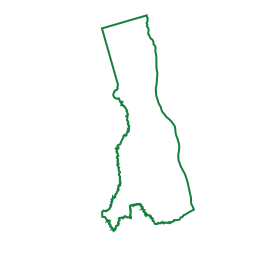 outline of Magoe, Tete, Mozambique, rotated 74°
{"feature_id": "85939544B26060528055494", "entity_name": "Magoe", "entity_type": "district", "adm_level": 2, "iso_a3": "MOZ", "parent_name": "Mozambique", "parent_adm1": "Tete", "projection": "mercator", "projection_center": [31.675, -16.019], "detail": "fine", "context": "isolated", "style": "outline", "palette": "green", "viewbox_px": 256, "rotation_deg": 74, "n_neighbors": 0, "source": "geoboundaries", "source_scale": "gbopen_adm2", "svg_char_len": 6038}
<svg xmlns="http://www.w3.org/2000/svg" viewBox="0 0 256 256"><g transform="rotate(74 128 128)"><path d="M224.7,87.2L221.4,87.5L219.1,88.0L217.6,88.0L212.5,86.7L210.4,86.6L197.0,85.7L190.9,85.8L188.0,86.0L179.2,87.9L172.6,88.3L167.3,87.0L164.9,85.7L159.8,83.7L157.1,83.4L151.1,83.4L148.7,83.7L146.7,83.7L139.4,82.5L135.5,83.8L133.5,84.6L131.2,85.8L128.0,88.1L125.7,88.9L121.2,90.8L117.1,90.7L113.0,91.7L105.3,91.9L103.2,91.7L97.6,90.4L93.9,88.5L84.2,84.9L82.4,84.5L79.0,84.3L66.8,81.0L61.3,80.5L58.3,79.3L56.6,79.4L54.4,80.4L52.5,79.8L51.0,79.9L49.5,80.4L48.4,81.4L46.3,82.0L44.6,82.0L43.5,82.7L42.8,82.6L40.7,81.6L38.9,81.1L37.3,81.0L35.4,81.8L34.6,81.2L33.9,80.9L32.5,81.3L30.7,79.8L29.4,79.5L27.9,78.8L26.0,79.3L24.9,79.0L25.1,125.6L84.0,125.7L85.6,126.9L87.2,127.0L88.3,128.3L88.4,128.9L88.2,129.3L88.6,130.4L89.1,131.0L89.4,131.0L89.5,131.3L91.0,132.5L91.9,133.0L92.9,133.1L94.6,132.8L95.3,132.0L95.8,132.0L96.9,130.5L96.7,129.9L97.2,128.4L99.2,128.6L100.4,128.0L100.9,127.2L101.4,126.9L101.4,126.2L101.7,126.3L101.8,126.7L101.2,127.4L101.3,128.0L102.8,127.4L103.2,127.4L104.1,128.0L104.3,126.8L104.9,127.0L105.5,126.1L106.3,125.8L106.3,125.5L111.0,124.1L111.5,124.8L112.6,124.3L113.5,124.6L114.7,124.3L115.5,124.5L116.4,125.2L116.4,125.6L115.9,126.1L116.3,126.5L117.5,125.7L118.0,125.7L120.0,126.8L120.7,126.8L121.5,126.1L121.9,125.9L122.8,126.3L123.6,127.0L124.1,126.6L125.0,127.1L125.7,126.8L126.0,126.3L127.0,126.3L128.6,128.1L129.3,127.9L129.0,127.4L129.4,127.2L130.5,127.8L130.4,128.4L131.0,128.2L131.1,129.2L131.7,128.9L131.9,129.0L132.4,130.5L133.5,131.2L134.1,131.2L134.5,131.5L134.8,131.9L134.8,132.4L133.7,133.2L134.0,134.2L134.6,134.6L135.7,134.9L136.4,135.8L137.2,136.3L137.9,137.3L139.0,137.9L139.8,138.9L141.0,139.5L141.7,140.5L141.6,142.2L141.9,142.7L142.6,143.3L144.0,142.4L145.1,142.9L145.5,144.6L144.2,144.9L144.1,145.1L144.4,145.4L146.1,144.9L147.3,145.0L147.5,145.4L148.2,145.1L148.5,145.5L149.0,145.2L149.8,145.2L150.2,145.0L151.2,145.3L152.1,145.0L152.6,146.3L153.1,146.8L154.0,146.7L154.9,146.0L155.8,146.7L157.4,146.6L157.5,146.8L157.1,147.3L157.3,147.4L158.1,147.3L159.3,147.5L159.8,147.1L160.0,148.2L160.5,148.5L161.1,148.4L162.0,147.8L163.3,148.1L163.7,147.6L164.2,148.2L165.0,148.2L166.4,148.7L168.3,147.8L168.7,148.0L169.2,149.0L170.4,149.7L172.8,149.0L174.2,149.9L175.3,149.7L175.8,149.9L175.6,149.9L175.8,150.2L176.2,150.2L176.6,150.5L177.3,150.2L177.7,150.6L178.3,150.2L178.8,150.3L179.3,150.6L179.4,151.2L180.0,151.2L180.3,151.9L180.5,151.3L181.0,151.3L181.3,152.3L181.0,152.9L181.8,153.1L182.6,153.9L183.1,153.8L183.7,154.5L184.0,154.1L184.7,154.0L185.1,154.3L185.1,155.0L186.1,155.4L186.4,156.4L187.2,156.6L187.6,157.2L187.9,157.1L188.3,157.4L188.5,158.5L189.4,159.1L190.3,159.2L190.0,159.5L190.1,159.8L190.7,160.2L190.7,160.5L191.2,160.4L191.4,160.6L191.0,161.3L190.4,161.5L190.7,161.6L191.0,161.5L191.7,162.0L191.6,162.4L192.1,162.7L192.3,163.4L193.1,163.0L193.3,163.2L193.1,163.4L193.7,163.5L194.2,163.3L194.4,163.5L194.5,164.4L195.1,164.1L196.0,164.8L196.5,164.9L196.5,165.2L197.2,165.3L197.2,165.7L197.9,165.9L197.7,166.4L197.9,166.5L198.9,166.2L199.2,166.9L200.3,167.7L200.3,168.1L200.7,168.2L201.0,168.8L201.3,170.7L201.8,171.0L201.9,171.7L201.5,172.2L201.7,172.9L200.6,174.3L201.2,175.0L201.5,175.9L201.8,176.1L206.3,177.2L207.2,174.8L209.8,173.9L210.9,173.7L211.1,173.3L211.3,173.5L211.2,173.1L211.5,173.1L211.3,172.9L211.5,172.7L211.8,172.6L211.8,172.1L212.1,172.2L212.3,171.8L212.6,171.8L212.6,171.5L213.0,171.9L213.2,171.6L213.4,171.6L213.6,172.1L214.2,172.0L214.7,172.5L214.9,172.2L215.2,172.5L215.4,172.2L215.8,172.3L216.3,172.0L217.0,172.1L217.0,171.5L217.7,171.6L218.2,172.1L219.1,170.9L220.2,171.0L220.2,170.6L220.5,170.4L220.7,170.7L220.7,170.2L221.1,170.0L221.2,170.7L221.6,170.1L222.3,170.4L222.9,170.3L222.6,169.8L222.7,169.1L222.4,168.5L222.0,168.6L221.8,168.3L221.5,168.4L220.9,167.3L220.1,167.3L219.5,166.7L219.0,166.5L219.2,166.0L218.7,165.3L218.8,164.8L218.6,164.1L218.2,164.1L217.8,163.6L217.7,163.9L217.0,163.8L217.0,163.5L216.1,163.1L215.4,163.3L214.4,161.4L212.4,161.8L212.3,161.6L212.2,161.1L212.7,160.8L212.3,160.3L212.3,158.8L212.5,158.2L213.1,158.2L213.5,157.8L212.8,156.5L212.4,156.4L212.0,155.6L212.0,154.9L212.5,154.8L213.4,154.0L213.4,153.5L213.9,153.1L214.0,151.9L214.4,151.3L214.9,151.0L215.4,150.0L213.9,149.7L213.0,150.2L212.6,150.2L211.8,149.3L211.2,149.4L210.6,149.2L209.4,148.2L208.9,148.5L208.5,148.3L207.4,148.4L207.5,148.1L207.0,147.9L206.2,147.8L205.3,148.0L204.9,147.7L204.7,147.9L204.0,147.8L203.7,147.5L203.3,147.5L202.9,146.0L203.1,145.6L203.6,145.2L204.2,144.8L203.6,144.4L203.9,144.1L203.7,143.8L204.1,143.8L204.2,143.2L204.1,142.8L203.6,142.5L203.9,141.8L203.7,141.5L204.0,141.2L203.6,140.8L203.9,140.6L204.1,139.9L203.8,139.4L204.2,139.1L204.0,138.9L204.0,138.1L204.5,137.7L204.9,137.8L205.2,137.5L204.8,136.9L204.9,136.7L205.1,136.6L205.4,137.0L205.3,136.6L205.5,136.5L205.9,136.9L206.6,137.3L207.4,136.8L207.6,136.1L207.9,135.9L208.0,136.2L208.4,136.1L208.4,136.4L208.8,136.3L208.9,136.6L209.4,136.6L209.6,136.9L209.6,136.4L210.0,135.9L210.8,135.5L211.5,135.9L211.6,135.3L212.0,135.8L212.4,135.5L212.9,135.9L214.1,134.6L214.6,135.1L215.0,134.8L215.8,135.4L216.7,135.3L217.1,135.1L216.7,134.7L217.3,134.3L217.0,133.9L216.2,133.5L217.0,133.0L218.1,131.7L218.1,131.1L218.8,131.2L219.0,130.7L219.6,131.1L220.3,131.1L220.4,130.8L220.1,130.3L221.6,130.3L221.7,129.9L221.3,129.6L221.7,129.2L222.4,129.8L223.3,129.8L223.9,129.1L224.4,129.6L224.8,129.2L227.6,128.5L227.9,128.1L227.9,127.5L228.1,127.3L228.0,126.8L228.4,126.5L228.1,125.5L227.5,125.0L228.3,124.1L228.5,123.3L228.3,123.0L228.5,122.8L228.0,122.0L228.4,121.4L228.0,120.6L229.5,120.2L229.5,119.7L228.9,118.9L229.8,117.3L229.8,116.7L230.1,116.2L229.8,114.7L230.0,114.6L230.7,114.8L231.0,114.5L231.1,114.0L230.8,113.1L230.5,113.3L230.2,113.1L230.4,110.7L229.9,109.9L230.0,109.4L229.4,109.3L229.2,109.1L229.9,107.0L230.3,104.4L230.0,103.5L228.4,101.8L228.7,101.0L228.5,100.2L228.0,99.5L227.1,98.7L227.0,96.8L225.5,91.5L224.7,87.2Z" fill="none" stroke="#15803d" stroke-width="2"/></g></svg>